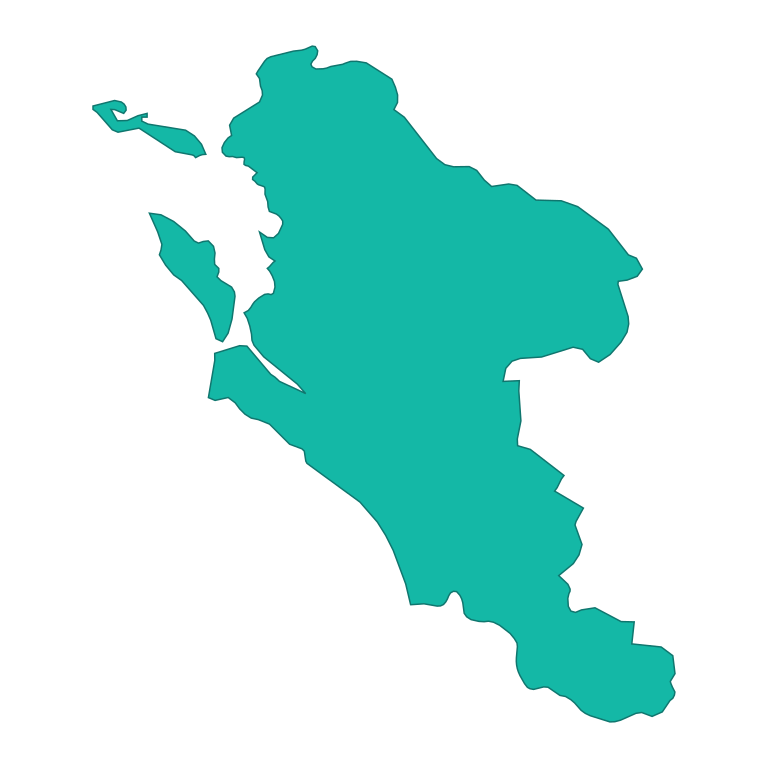 map outline of Charente-Maritime (Mercator projection)
{"feature_id": "FRA-5278", "entity_name": "Charente-Maritime", "entity_type": "Metropolitan department", "adm_level": 1, "iso_a3": "FRA", "parent_name": "France", "parent_adm1": "", "projection": "mercator", "projection_center": [-0.827, 45.732], "detail": "fine", "context": "isolated", "style": "filled", "palette": "teal", "viewbox_px": 768, "rotation_deg": 0, "n_neighbors": 0, "source": "natural_earth", "source_scale": "10m", "svg_char_len": 4023}
<svg xmlns="http://www.w3.org/2000/svg" viewBox="0 0 768 768"><path d="M410.6,604.6L405.7,583.9L393.2,550.3L385.7,535.4L377.4,522.1L360.0,502.1L307.0,463.4L305.8,461.1L304.3,451.1L301.9,448.8L289.6,444.2L269.5,424.1L258.3,419.6L251.2,418.1L245.0,414.2L239.7,408.9L235.2,402.8L228.2,397.5L215.1,400.4L208.4,397.6L214.8,360.3L214.7,353.4L239.6,345.7L246.9,346.1L270.7,374.3L275.0,377.2L279.5,381.4L305.7,393.6L297.3,384.1L263.7,356.8L254.0,345.2L252.0,340.4L251.5,334.1L249.8,326.1L247.3,318.4L244.1,312.8L248.3,310.5L250.9,307.3L252.8,304.1L254.6,301.7L258.8,298.0L264.6,294.4L268.1,293.9L271.1,294.6L273.4,293.3L275.0,287.1L274.5,281.5L272.3,275.9L269.7,271.2L267.3,268.4L269.4,266.7L273.1,262.5L275.0,261.0L268.9,256.9L264.8,249.7L259.5,232.0L267.3,237.4L273.6,237.8L278.5,233.4L282.7,224.3L282.7,221.0L281.1,218.5L279.0,216.0L276.5,214.1L269.4,211.4L268.1,207.0L267.7,201.6L265.0,194.2L265.1,189.2L264.6,187.1L263.2,186.3L258.4,184.7L257.1,183.8L254.9,181.2L252.6,179.5L252.7,177.1L257.1,172.7L248.4,166.1L245.5,165.4L244.0,164.3L244.1,161.8L244.6,159.2L244.1,157.6L242.1,157.2L236.5,157.6L232.6,156.5L229.2,156.7L226.0,156.1L222.4,152.3L222.0,147.7L224.4,142.5L228.1,137.9L231.6,135.5L229.6,125.2L233.7,118.1L259.5,102.0L262.5,95.1L262.2,90.7L260.5,86.1L259.5,78.5L256.3,73.9L258.0,70.9L264.6,61.2L267.1,58.5L270.9,56.7L293.5,51.1L301.5,50.2L305.2,49.2L312.2,46.1L315.2,46.6L317.7,50.8L317.1,54.7L315.3,58.3L312.6,61.0L310.9,64.1L312.0,66.8L315.9,69.0L322.9,68.8L326.6,68.1L330.8,66.5L342.7,64.3L345.0,63.3L350.6,61.4L356.7,61.3L366.3,62.9L391.9,79.2L395.4,87.3L397.6,95.0L397.5,102.5L393.9,109.6L404.3,117.2L436.6,158.6L444.9,164.7L453.6,166.8L469.2,166.6L476.7,170.4L484.3,180.1L491.6,186.5L508.7,184.0L517.1,185.4L536.0,200.1L561.3,200.8L577.8,206.7L608.4,229.2L628.4,254.9L636.4,258.2L642.4,269.1L637.2,276.3L627.1,280.1L618.3,281.3L617.9,284.3L628.1,316.5L628.7,323.9L627.0,332.2L620.9,342.3L610.1,354.5L598.6,362.2L590.4,358.7L582.6,349.3L573.1,347.2L541.6,357.0L520.3,358.4L512.0,361.2L505.8,368.3L503.1,381.4L519.3,380.7L518.8,390.9L520.9,420.9L517.3,439.0L517.6,445.7L530.3,449.4L564.0,475.5L561.4,479.0L557.1,487.7L554.6,491.1L583.4,508.1L576.0,521.5L575.0,525.0L582.0,544.5L579.0,554.9L573.3,563.6L558.7,575.6L567.9,584.3L570.1,589.1L570.0,591.3L568.9,593.6L567.8,598.4L568.3,606.4L570.9,611.1L575.5,612.4L581.5,609.9L595.0,607.8L621.1,621.6L634.2,621.9L631.8,643.9L661.2,647.0L672.8,655.7L675.0,673.7L674.9,673.8L670.3,681.4L670.8,683.3L672.4,687.1L674.9,692.0L674.4,695.1L672.8,698.3L670.0,700.5L662.3,711.9L652.1,716.4L641.7,712.5L636.0,713.3L620.5,720.2L614.9,721.7L609.9,721.9L590.2,715.7L585.2,713.3L581.1,710.3L574.6,702.9L570.9,699.7L565.6,696.5L559.9,695.4L548.0,687.2L543.7,686.9L533.6,689.4L529.9,688.7L527.4,687.3L524.6,683.7L520.0,675.6L518.4,672.0L517.3,668.6L516.6,665.0L516.3,661.4L516.4,657.7L517.4,646.6L517.0,643.0L514.3,638.5L510.1,633.4L499.5,625.2L493.4,622.2L488.5,621.2L484.1,621.7L478.9,621.4L471.0,619.6L466.7,616.8L464.2,613.3L462.8,602.8L461.7,598.9L459.9,595.3L456.6,591.6L453.4,591.3L450.5,592.9L448.7,595.8L447.4,599.0L445.7,602.0L443.5,604.5L440.5,605.9L437.2,606.1L424.0,603.8L410.8,604.7L410.7,604.6L410.6,604.6ZM218.8,272.0L217.0,276.8L220.9,280.6L231.6,287.1L234.4,291.9L235.0,296.3L232.0,319.1L228.1,333.2L222.6,341.7L216.0,338.7L210.7,320.1L207.6,313.0L203.5,305.4L181.6,280.5L173.7,274.9L165.6,265.1L159.4,254.8L161.0,250.0L161.9,244.4L157.7,231.9L149.4,213.2L161.0,214.8L173.7,221.5L185.4,231.0L194.2,241.0L198.5,243.1L203.2,241.5L208.3,240.9L213.5,246.3L215.0,253.0L214.4,259.1L214.7,264.4L218.8,268.4L218.8,272.0ZM195.6,157.6L193.8,155.5L192.2,154.9L175.2,151.7L139.0,128.1L118.0,132.2L112.3,129.8L97.1,112.4L93.0,109.4L93.0,106.0L114.6,100.5L121.3,102.0L124.1,104.1L125.9,107.0L126.1,110.2L123.7,113.4L114.7,109.6L110.9,109.4L117.4,120.8L127.3,120.5L138.0,115.7L147.1,113.4L147.1,117.1L141.8,117.1L141.8,121.1L148.0,124.1L185.6,130.2L194.4,135.9L201.5,144.3L205.8,154.3L202.4,154.6L199.6,155.5L195.6,157.6Z" fill="#14b8a6" stroke="#0f766e" stroke-width="1.5"/></svg>